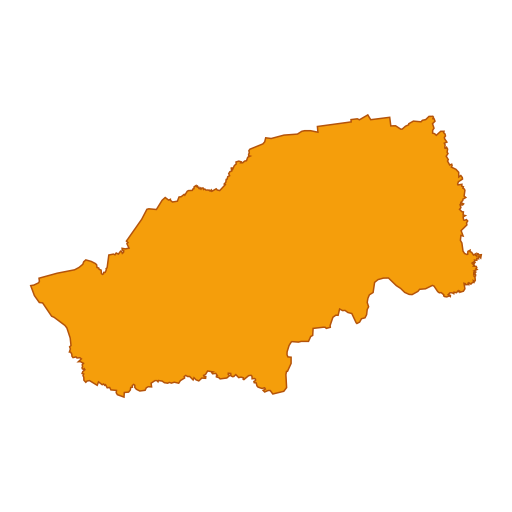 Khlong Hoi Khong, Songkhla, Thailand (orthographic projection)
{"feature_id": "78962969B91518300065155", "entity_name": "Khlong Hoi Khong", "entity_type": "district", "adm_level": 2, "iso_a3": "THA", "parent_name": "Thailand", "parent_adm1": "Songkhla", "projection": "orthographic", "projection_center": [100.352, 6.859], "detail": "fine", "context": "isolated", "style": "filled", "palette": "amber", "viewbox_px": 512, "rotation_deg": 0, "n_neighbors": 0, "source": "geoboundaries", "source_scale": "gbopen_adm2", "svg_char_len": 6073}
<svg xmlns="http://www.w3.org/2000/svg" viewBox="0 0 512 512"><path d="M39.0,278.2L39.4,281.3L38.6,282.8L33.8,285.1L30.7,285.6L34.4,295.6L39.3,302.5L42.6,302.9L51.6,316.2L54.1,317.3L64.9,325.4L66.9,328.0L70.2,338.0L71.0,345.6L69.6,346.8L70.4,348.9L69.4,352.0L70.5,352.1L71.7,353.9L72.0,356.3L73.0,357.6L76.0,356.9L77.0,358.0L79.9,357.7L81.4,358.9L78.4,361.7L80.3,361.6L83.5,363.3L82.2,364.7L82.6,366.8L82.0,367.8L82.4,368.9L83.4,369.3L84.2,368.6L84.9,369.7L82.8,371.6L82.1,373.5L83.7,374.0L83.0,375.7L83.8,377.2L83.9,380.2L85.8,382.3L87.1,381.0L89.5,380.6L97.2,385.3L98.5,381.9L102.2,384.7L103.6,384.0L104.7,385.3L105.5,384.7L107.2,387.8L109.7,387.5L110.9,389.9L116.5,390.4L116.2,392.7L117.4,394.7L124.0,397.1L124.3,392.5L128.6,392.1L130.3,390.0L130.7,387.5L132.4,387.2L132.3,385.5L133.7,384.4L134.8,385.3L134.8,387.4L136.4,389.3L139.8,391.0L145.1,390.3L146.3,387.8L148.2,386.7L151.6,386.9L151.1,383.2L155.0,380.6L156.9,380.6L158.0,381.8L158.5,380.5L162.2,381.1L164.4,382.7L167.7,383.2L169.4,382.4L171.4,383.1L174.3,382.2L178.7,383.2L180.4,380.6L184.6,378.0L184.2,376.5L185.8,375.4L187.6,376.5L189.7,376.5L193.1,379.9L194.0,377.7L196.0,379.8L198.8,380.9L201.8,378.1L205.6,378.3L205.8,376.6L204.2,376.6L203.6,375.4L205.5,374.5L207.6,371.0L213.0,371.9L211.8,372.7L212.6,373.8L215.8,373.4L217.3,375.5L216.4,376.0L216.4,376.9L218.8,377.6L220.1,378.9L226.8,378.0L229.7,375.5L228.2,374.5L228.3,373.2L230.7,373.4L231.0,375.9L232.6,376.7L233.8,376.5L235.8,374.6L238.7,377.6L241.0,377.1L243.4,377.8L243.2,379.3L243.9,379.6L248.7,375.6L251.1,375.3L252.0,376.3L252.1,378.8L254.5,378.5L255.5,379.2L255.5,380.5L253.9,381.5L254.2,382.7L256.2,382.9L256.9,385.8L258.0,387.1L262.0,388.5L264.6,387.8L265.4,389.1L263.1,390.4L264.7,392.0L268.1,390.5L270.2,390.5L272.8,394.0L283.8,391.3L286.6,387.6L285.9,374.6L286.5,371.4L287.5,371.3L291.1,363.4L291.1,357.2L287.9,356.9L287.0,354.7L287.1,351.8L289.1,345.4L291.1,342.2L291.8,341.6L298.5,342.1L301.2,341.4L308.5,341.4L310.7,336.5L312.7,335.4L313.1,328.4L323.5,327.2L325.2,327.3L326.3,328.4L330.3,327.3L330.1,325.5L332.9,317.3L335.8,315.2L338.1,315.3L339.6,309.0L342.6,310.6L345.0,310.4L347.9,312.5L351.8,313.5L356.1,322.7L356.9,323.5L359.6,322.1L361.5,318.7L365.0,317.8L366.6,314.7L367.2,309.5L368.6,306.8L367.2,302.4L367.9,298.3L369.4,294.8L373.1,292.5L374.6,282.4L378.0,279.6L383.4,278.1L388.5,278.0L396.3,285.6L400.6,288.4L404.7,292.4L409.1,294.4L412.1,294.6L417.9,291.4L419.6,289.3L425.5,288.8L432.4,285.4L434.0,286.1L437.7,291.6L439.3,292.8L441.2,292.6L443.8,294.8L443.7,295.9L444.7,296.6L446.8,296.9L449.3,295.9L450.3,296.5L450.4,295.4L448.2,294.6L449.9,292.8L452.2,292.8L453.8,293.7L454.0,292.2L456.5,292.7L458.2,290.7L459.2,292.1L459.7,291.2L460.5,292.1L463.4,291.2L464.9,288.8L464.0,283.3L465.2,283.6L465.3,284.7L467.6,284.6L468.1,283.4L468.8,284.4L469.1,282.9L470.9,284.1L472.6,282.4L473.9,282.5L473.4,280.6L474.7,281.3L475.3,280.3L475.0,277.2L474.3,276.4L475.5,276.0L475.7,274.9L475.2,274.0L473.7,274.7L473.8,272.6L475.1,272.8L475.8,272.1L474.0,270.9L477.0,269.5L475.9,268.8L476.8,267.7L476.2,266.4L473.4,266.1L474.2,265.1L472.8,264.0L473.9,263.9L474.8,262.7L472.9,262.5L474.8,261.2L474.5,260.1L476.8,260.3L476.8,258.5L478.6,258.8L478.3,256.9L479.5,256.7L480.7,258.0L481.3,254.7L478.8,255.0L478.4,253.9L477.4,253.6L476.6,256.0L475.2,255.0L475.6,253.8L473.5,255.0L471.6,252.3L470.0,251.6L470.1,250.2L467.9,251.4L467.7,254.3L466.9,254.5L464.6,253.5L463.0,251.1L461.9,243.0L460.4,240.4L460.9,235.4L463.1,236.0L461.1,230.6L466.9,224.9L466.5,222.9L467.7,221.0L466.4,219.6L464.7,220.3L463.6,220.0L463.1,216.9L465.3,215.6L463.1,215.0L463.4,211.9L461.9,211.7L459.5,209.3L460.9,207.7L460.1,204.9L462.6,205.0L463.6,203.9L461.7,202.9L460.6,203.7L460.9,202.3L462.8,200.5L462.9,199.2L465.8,197.5L464.1,196.1L464.9,190.4L464.4,189.1L462.9,188.2L463.4,186.8L461.7,186.1L461.9,184.3L458.0,184.9L457.6,184.1L458.4,181.7L462.5,179.1L462.3,177.5L460.8,175.5L458.8,177.0L458.7,172.3L455.9,169.3L451.4,167.1L452.1,165.5L451.7,164.2L449.7,165.0L447.5,161.0L448.3,159.6L446.2,156.2L448.0,153.5L447.1,152.2L447.6,149.1L446.6,147.3L445.8,148.3L444.8,148.0L445.1,144.9L444.3,143.2L446.9,142.1L444.6,138.8L444.4,137.3L445.5,136.0L445.0,134.0L443.6,132.6L444.0,131.3L440.7,131.3L436.3,135.3L434.6,133.7L432.6,133.1L432.7,130.2L434.0,128.2L432.5,123.7L435.0,121.2L434.1,118.8L432.9,118.7L433.5,117.2L432.8,116.3L429.0,116.4L425.7,119.6L422.4,120.3L421.0,121.8L413.4,121.1L408.8,123.7L408.6,124.8L405.5,126.2L402.2,129.1L400.8,129.2L395.6,125.8L390.8,125.9L389.7,117.3L370.7,119.7L367.8,114.9L359.4,119.8L357.3,118.8L351.0,119.6L351.2,121.9L317.4,126.5L317.9,132.2L310.6,130.7L304.6,130.7L301.8,131.3L297.4,134.1L284.0,135.1L271.2,138.5L265.7,137.8L264.7,141.8L262.9,143.9L249.9,149.2L248.9,150.6L249.3,153.1L248.6,154.2L248.7,155.7L250.2,156.1L247.7,157.3L246.5,160.7L244.6,161.1L242.7,162.8L240.6,162.8L241.2,161.8L238.8,161.1L236.0,162.0L236.2,164.0L234.4,165.5L232.7,169.2L231.9,167.9L231.2,168.1L231.7,171.0L229.9,171.7L228.7,173.6L229.6,175.7L227.7,176.7L227.2,179.0L226.2,179.4L225.8,182.3L224.2,184.0L225.3,184.6L219.7,190.6L217.2,190.0L216.2,188.8L212.1,191.2L211.5,190.1L211.0,191.1L210.0,190.2L209.7,190.8L208.2,190.0L206.0,190.1L204.8,189.0L203.6,189.5L203.1,188.0L201.6,188.1L201.0,189.1L200.3,188.0L199.8,188.7L198.9,188.5L198.8,187.2L197.5,187.1L197.4,186.0L196.4,186.4L196.1,185.5L194.1,186.8L193.9,188.7L193.0,188.9L192.3,190.4L188.4,190.6L187.2,191.3L184.8,195.2L184.1,194.4L181.2,196.7L179.0,197.0L177.4,201.2L172.5,202.0L170.5,200.4L170.4,199.3L168.6,200.1L165.2,197.5L162.1,200.3L156.4,209.5L148.8,208.8L146.9,209.3L141.7,219.3L126.4,241.1L128.0,242.6L126.9,243.7L129.0,248.1L125.3,248.9L122.1,248.3L122.2,250.0L123.8,250.8L123.5,252.4L122.3,253.4L121.6,251.5L120.6,251.1L118.4,254.1L116.2,253.0L115.0,254.8L113.5,254.1L108.8,255.0L107.1,267.8L106.1,268.6L106.3,270.0L105.1,272.4L103.7,272.4L103.5,273.8L102.4,274.4L101.4,273.5L101.1,270.1L99.2,269.4L98.7,268.0L97.0,267.5L96.6,264.7L95.3,263.5L91.2,261.4L85.8,259.9L83.7,261.8L82.8,264.3L79.1,267.4L74.6,269.8L57.2,273.2L39.0,278.2Z" fill="#f59e0b" stroke="#b45309" stroke-width="1.5"/></svg>